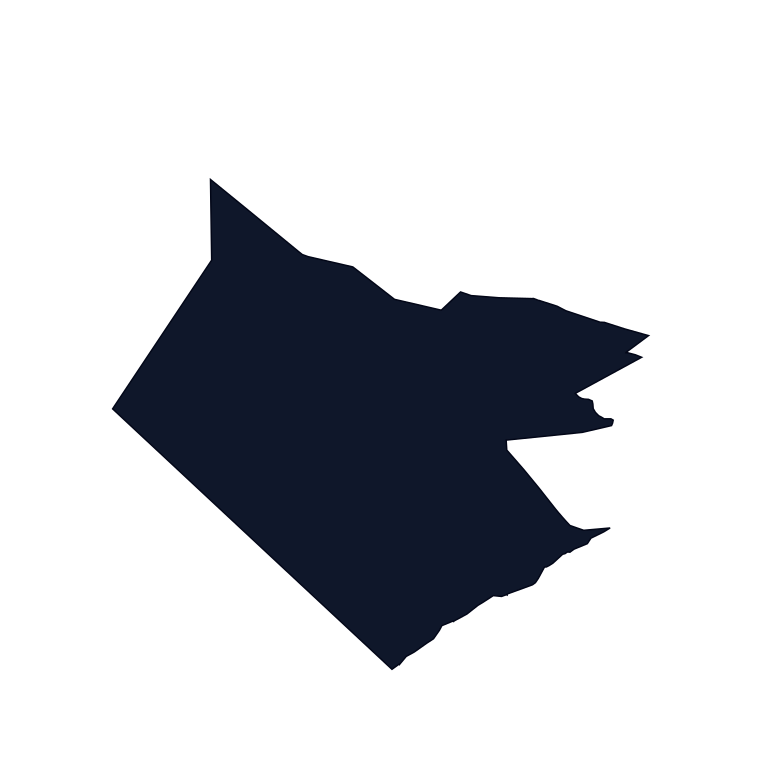 the district of Mártires de Tacubaya, Oaxaca, Mexico, rotated 41°
{"feature_id": "50627088B73077765096958", "entity_name": "Mártires de Tacubaya", "entity_type": "district", "adm_level": 2, "iso_a3": "MEX", "parent_name": "Mexico", "parent_adm1": "Oaxaca", "projection": "mercator", "projection_center": [-98.212, 16.55], "detail": "fine", "context": "isolated", "style": "filled", "palette": "ink", "viewbox_px": 768, "rotation_deg": 41, "n_neighbors": 0, "source": "geoboundaries", "source_scale": "gbopen_adm2", "svg_char_len": 1418}
<svg xmlns="http://www.w3.org/2000/svg" viewBox="0 0 768 768"><g transform="rotate(41 384 384)"><path d="M118.9,343.5L172.7,403.6L195.0,577.2L195.5,580.8L577.2,594.1L579.2,585.4L579.7,585.6L579.5,575.0L582.7,566.3L586.2,551.9L588.5,543.8L587.4,533.5L586.2,528.4L591.4,518.0L592.4,517.6L592.3,517.0L597.5,503.2L600.1,489.4L601.8,484.2L605.3,472.0L612.1,467.2L614.6,462.7L615.4,462.5L614.8,461.6L627.8,438.1L628.6,434.6L628.0,429.5L625.2,416.9L626.6,415.5L627.7,412.8L629.0,408.5L630.5,395.3L631.9,393.3L632.6,390.5L633.6,389.7L634.4,389.1L634.7,388.9L634.9,387.8L635.8,383.9L642.2,371.1L641.3,364.6L646.9,351.3L649.1,344.3L630.7,363.4L627.4,364.7L623.7,366.2L617.1,368.8L611.7,368.2L605.4,367.4L601.6,366.8L601.2,366.8L595.2,365.8L569.5,360.9L545.8,356.9L520.0,353.3L513.0,346.2L565.4,290.4L583.0,266.1L582.2,263.6L580.7,260.9L578.1,261.4L575.8,263.4L573.1,265.8L569.6,266.4L566.8,267.1L562.1,266.7L558.0,265.3L554.8,262.1L552.3,260.2L548.4,261.4L545.3,263.8L542.8,265.2L539.3,266.0L534.5,265.6L560.9,194.8L554.6,197.0L547.3,200.6L546.1,201.6L546.0,200.9L551.9,173.9L546.9,176.3L528.9,184.8L509.9,192.9L506.5,195.6L473.2,209.4L468.3,210.6L463.7,211.7L446.2,219.2L445.3,219.8L444.1,220.1L440.7,221.4L439.5,222.6L414.3,243.4L395.8,257.1L391.8,260.1L381.4,264.3L378.8,290.7L336.4,313.2L283.7,316.1L243.1,337.7L237.4,339.9L232.5,340.1L166.8,342.0L118.9,343.5Z" fill="#0f172a" stroke="#020617" stroke-width="1.5"/></g></svg>